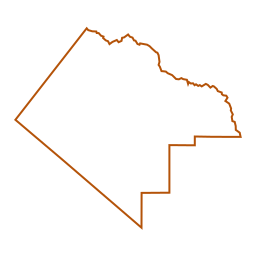 outline of Pecos, Texas, United States of America
{"feature_id": "52423323B87811641324082", "entity_name": "Pecos", "entity_type": "district", "adm_level": 2, "iso_a3": "USA", "parent_name": "United States of America", "parent_adm1": "Texas", "projection": "natural_earth1", "projection_center": [-102.382, 30.712], "detail": "fine", "context": "isolated", "style": "outline", "palette": "amber", "viewbox_px": 256, "rotation_deg": 0, "n_neighbors": 0, "source": "geoboundaries", "source_scale": "gbopen_adm2", "svg_char_len": 1119}
<svg xmlns="http://www.w3.org/2000/svg" viewBox="0 0 256 256"><path d="M33.3,135.0L62.9,160.1L141.5,227.7L141.6,192.9L169.4,192.7L169.4,145.1L194.8,145.3L194.8,136.5L212.2,136.8L240.6,136.9L239.7,132.7L235.8,129.9L235.7,126.0L234.7,121.9L232.4,121.1L231.7,116.9L232.8,114.4L230.8,110.4L231.1,108.5L229.2,103.6L225.4,101.0L227.5,97.7L226.3,95.7L223.3,95.3L221.9,94.2L221.7,92.5L217.8,91.1L216.7,88.9L213.9,86.4L212.7,86.0L210.4,87.6L207.8,84.9L205.8,83.9L201.7,86.4L199.8,85.1L198.2,85.9L196.0,84.3L194.6,85.2L193.0,83.3L190.8,83.5L188.8,82.1L188.1,83.9L186.9,79.8L183.1,79.1L181.3,78.1L178.9,79.3L176.1,79.0L172.1,75.1L167.7,73.2L165.9,71.6L163.7,71.3L161.5,71.1L159.8,66.6L158.6,64.9L159.5,61.9L158.6,55.2L157.4,52.7L156.0,52.2L151.9,48.5L149.6,46.2L147.1,44.7L140.1,43.4L139.5,44.7L137.5,44.0L135.5,40.7L134.0,40.4L132.5,37.6L129.9,36.7L128.1,34.5L124.1,37.4L122.1,37.8L121.5,40.9L118.6,42.2L116.8,40.0L112.5,41.9L109.5,44.1L108.0,41.2L105.8,40.4L103.1,38.0L103.5,36.6L101.0,35.7L98.7,33.1L96.7,33.0L96.3,31.5L92.3,31.3L88.2,30.1L86.7,28.3L15.4,119.8L33.3,135.0Z" fill="none" stroke="#b45309" stroke-width="2"/></svg>